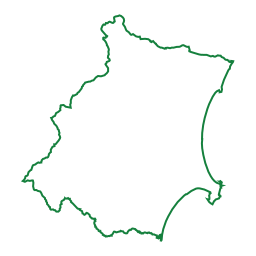 the district of Bang Saphan, Prachuap Khiri Khan, Thailand
{"feature_id": "78962969B53971782347722", "entity_name": "Bang Saphan", "entity_type": "district", "adm_level": 2, "iso_a3": "THA", "parent_name": "Thailand", "parent_adm1": "Prachuap Khiri Khan", "projection": "albers", "projection_center": [99.443, 11.301], "detail": "fine", "context": "isolated", "style": "outline", "palette": "green", "viewbox_px": 256, "rotation_deg": 0, "n_neighbors": 0, "source": "geoboundaries", "source_scale": "gbopen_adm2", "svg_char_len": 5780}
<svg xmlns="http://www.w3.org/2000/svg" viewBox="0 0 256 256"><path d="M233.2,61.2L231.1,60.9L230.7,62.0L229.8,62.0L228.9,61.5L228.7,60.6L227.8,60.4L227.4,59.9L226.2,59.9L225.1,59.4L223.6,57.8L221.6,57.0L220.7,55.7L218.7,55.6L217.9,55.3L215.3,56.6L214.2,56.6L212.9,55.9L210.8,56.4L206.8,54.9L201.2,54.8L199.0,54.4L191.0,52.0L189.3,51.3L189.2,50.9L189.7,50.5L189.7,50.1L188.7,46.7L187.9,46.9L186.5,46.7L183.5,45.2L182.3,45.3L180.3,46.5L179.3,46.8L176.7,46.9L173.4,47.7L171.9,47.6L170.1,48.2L167.6,47.7L165.9,47.9L165.8,48.5L165.1,48.3L164.7,48.7L161.7,47.6L160.5,47.6L157.6,46.1L157.3,45.5L155.8,44.1L155.9,43.7L154.8,43.0L153.1,41.1L151.4,42.1L150.3,41.4L150.5,40.8L148.3,39.2L145.0,38.8L140.6,39.1L139.8,36.6L138.3,36.9L136.1,36.4L133.0,34.1L131.6,34.8L130.7,34.6L128.8,32.2L126.6,30.7L126.0,29.7L124.9,26.8L123.1,24.3L123.0,23.8L123.9,21.6L124.1,20.5L123.8,18.9L123.0,17.6L121.1,16.0L119.4,15.4L118.2,16.0L115.5,16.5L114.3,17.1L114.0,17.8L114.7,21.5L113.9,22.0L113.4,22.8L112.4,22.9L109.7,21.7L108.6,22.1L107.6,23.2L105.9,23.0L105.3,24.5L104.9,24.8L103.5,24.5L102.5,25.7L101.3,28.7L101.4,29.7L102.0,30.7L105.8,35.1L107.2,36.1L106.9,36.7L106.0,36.9L105.6,37.8L103.5,37.6L103.2,37.9L103.3,39.4L104.5,40.2L105.9,42.2L106.9,44.5L106.9,45.4L107.6,46.1L108.8,49.1L108.8,50.1L108.4,51.6L108.8,54.5L108.1,55.7L107.9,57.7L109.5,59.3L109.7,60.5L109.0,61.1L106.8,61.9L106.3,63.4L105.6,63.9L105.5,64.4L108.1,68.1L108.1,71.4L106.7,73.3L105.2,74.5L104.7,75.2L101.0,76.3L98.0,76.0L95.8,77.5L93.5,80.3L92.0,80.6L90.2,81.6L89.0,81.6L85.1,82.6L84.6,83.5L83.1,85.1L82.9,86.1L82.0,86.7L81.7,88.3L78.8,92.1L77.6,92.8L77.0,94.1L73.9,95.7L73.1,95.4L72.0,97.1L70.8,100.2L70.8,103.1L70.2,104.6L70.7,107.7L65.7,106.7L63.6,105.0L60.8,105.3L60.5,105.8L60.6,107.2L60.1,108.7L60.4,110.1L58.3,111.9L56.1,113.1L55.0,115.9L53.4,116.5L52.3,117.7L51.2,117.9L52.2,120.2L53.5,121.8L54.2,123.7L56.3,125.7L57.5,127.8L57.7,129.0L58.8,130.1L59.0,131.6L59.5,132.9L59.0,134.7L59.8,136.0L60.2,137.4L59.9,138.5L58.7,140.4L55.8,144.0L55.2,144.3L54.2,144.3L54.5,146.1L52.5,146.8L50.8,149.7L50.9,152.1L50.2,152.5L48.9,154.1L48.7,155.6L48.0,157.1L47.2,157.6L46.1,157.5L44.5,158.5L43.0,158.9L41.7,160.3L41.6,161.3L41.2,161.8L41.3,162.5L39.2,162.8L38.3,162.4L36.3,163.6L35.5,164.4L33.1,165.2L32.5,166.2L31.3,169.9L30.5,170.2L28.5,172.2L27.7,175.2L27.2,175.7L25.7,176.2L25.2,177.1L25.2,178.1L24.9,178.6L24.1,179.8L22.8,181.0L24.9,181.8L27.6,180.4L29.8,180.9L32.2,180.4L32.9,180.5L33.4,182.8L33.1,186.3L33.9,189.5L34.8,190.1L36.3,190.0L37.8,190.9L40.3,191.5L41.3,193.1L42.4,195.7L45.0,198.1L45.0,199.1L46.2,200.4L46.1,201.5L47.0,202.5L47.1,204.1L48.5,205.4L49.0,206.7L49.9,207.0L50.2,208.9L51.0,209.7L53.1,209.4L54.2,210.2L55.1,210.2L56.3,211.6L58.4,211.6L59.8,210.1L59.7,208.8L60.5,207.6L60.3,205.0L60.8,204.4L61.7,204.0L61.6,203.5L61.3,203.0L61.4,201.6L61.9,201.0L64.0,199.8L64.3,199.1L65.1,198.6L65.1,198.2L65.5,198.5L66.6,198.6L68.0,198.1L68.3,198.8L69.8,198.8L69.7,199.6L71.2,201.3L71.0,202.0L72.8,203.5L77.6,208.6L79.9,209.1L79.5,209.5L79.7,209.9L82.1,211.2L82.5,213.4L83.0,213.5L84.3,214.8L85.4,214.3L86.4,212.9L86.7,212.8L87.9,213.4L89.6,214.9L89.9,216.5L91.9,218.5L92.6,218.4L93.2,218.9L95.0,218.6L95.3,219.1L95.0,219.4L95.4,219.8L95.0,220.3L95.3,221.0L94.6,221.2L94.6,222.0L94.2,222.9L94.5,224.1L95.2,225.3L95.0,225.8L95.4,226.2L95.3,226.8L95.9,226.9L96.4,227.5L96.4,228.5L98.5,229.9L98.7,231.0L100.0,231.5L100.4,231.2L100.7,232.4L102.5,233.6L102.8,234.2L102.8,234.9L104.0,235.1L104.3,235.8L104.8,235.7L105.2,236.0L105.7,235.9L105.8,236.5L107.3,236.4L108.3,236.0L109.6,236.1L110.5,235.4L111.0,235.7L111.7,235.7L111.6,235.1L112.7,233.9L113.9,231.7L114.3,231.6L115.5,231.9L116.0,232.3L116.7,232.3L119.3,231.5L119.9,231.6L120.6,230.8L121.9,231.3L123.0,231.3L124.1,232.8L125.6,233.3L126.9,233.3L127.3,233.0L127.9,231.6L129.0,230.3L129.8,230.2L130.1,229.7L131.1,229.8L131.8,228.8L132.7,228.5L135.3,229.1L135.5,229.7L135.6,229.8L135.8,229.7L136.6,230.3L138.0,232.0L138.3,231.9L138.4,231.6L138.6,231.8L138.9,231.3L139.4,231.3L139.5,231.6L140.3,232.2L140.2,232.6L140.6,232.5L141.3,233.5L142.1,233.1L142.6,233.4L142.8,233.2L143.2,233.4L144.1,232.6L144.9,232.4L147.2,233.1L147.4,232.9L147.7,233.1L148.6,232.5L149.3,232.5L149.7,233.0L150.9,233.4L151.2,233.1L151.9,233.6L152.4,234.5L154.0,234.4L155.9,235.3L156.8,235.4L157.0,236.2L156.7,237.8L158.2,238.2L158.5,238.5L159.1,238.3L159.0,237.7L158.2,237.7L158.1,236.6L159.6,236.2L159.7,235.9L159.4,235.5L159.8,235.0L161.0,234.6L161.4,236.5L160.6,237.7L161.1,238.9L160.8,240.5L161.2,240.6L161.6,240.0L162.1,234.8L163.3,229.0L166.0,221.1L168.2,216.5L172.3,209.3L177.7,202.0L184.1,195.6L186.0,194.2L186.6,194.3L187.0,194.1L191.4,190.9L196.1,188.6L197.9,188.3L199.7,188.4L204.3,189.5L210.3,192.2L210.5,192.9L209.9,192.9L209.6,193.2L209.8,194.0L209.1,195.7L209.4,197.0L209.4,199.1L208.9,199.6L208.0,199.4L208.1,199.9L207.7,199.7L209.2,202.0L210.9,203.4L212.5,204.3L214.1,201.1L214.5,200.9L215.7,199.5L219.0,198.4L219.7,196.8L220.5,196.5L220.5,196.0L219.7,195.6L219.6,195.2L219.3,195.4L218.9,195.1L218.8,194.5L220.3,188.7L220.6,188.1L221.2,187.8L220.9,187.4L221.0,186.6L220.5,186.5L220.5,186.0L221.0,185.4L221.6,185.9L222.4,185.6L221.3,185.4L221.4,184.2L221.2,184.9L220.7,185.0L220.2,184.7L219.7,183.5L218.7,183.5L216.6,182.7L214.4,181.0L212.4,178.7L210.7,176.1L208.4,171.7L205.3,163.1L203.3,154.9L202.2,148.2L201.9,143.3L202.2,139.8L201.8,140.0L202.0,139.8L202.2,132.9L203.2,125.0L204.7,118.0L207.4,108.8L209.1,104.2L212.7,96.7L215.2,92.9L216.8,91.3L219.0,90.2L219.2,90.9L219.9,91.8L219.8,92.2L221.4,91.9L222.0,89.4L221.6,86.9L224.0,79.7L228.3,70.3L229.2,69.1L229.8,68.8L230.1,66.4L231.6,63.8L232.8,62.3L233.2,61.2ZM220.4,181.1L220.2,181.2L220.4,181.6L220.0,181.6L220.5,181.9L221.3,183.4L221.8,182.7L221.5,182.0L221.0,181.9L220.4,181.1Z" fill="none" stroke="#15803d" stroke-width="2"/></svg>